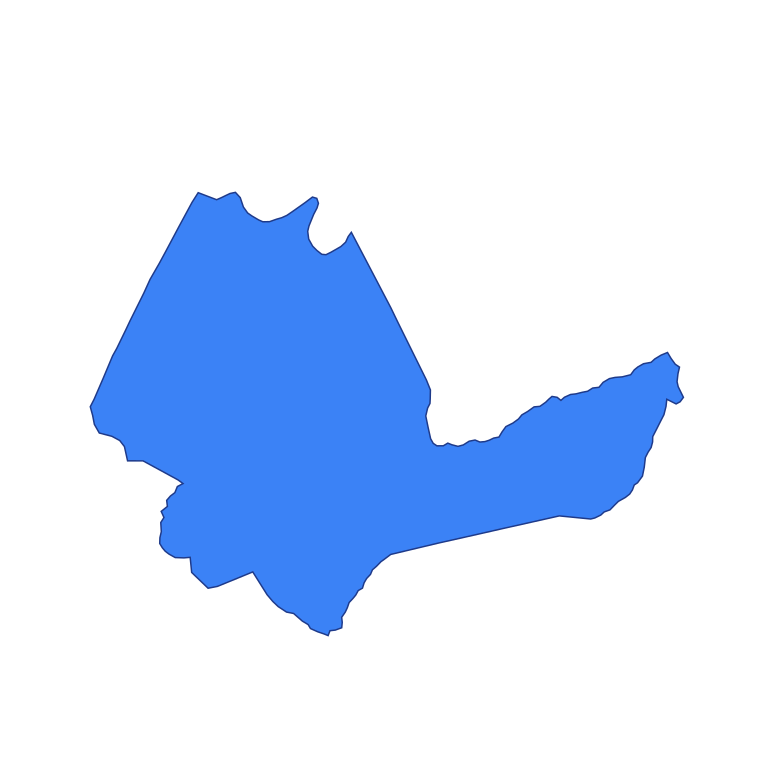 outline of Iporã, Paraná, Brazil, rotated 166°
{"feature_id": "56859067B57368215324073", "entity_name": "Iporã", "entity_type": "district", "adm_level": 2, "iso_a3": "BRA", "parent_name": "Brazil", "parent_adm1": "Paraná", "projection": "albers", "projection_center": [-53.762, -24.059], "detail": "fine", "context": "isolated", "style": "filled", "palette": "blue", "viewbox_px": 768, "rotation_deg": 166, "n_neighbors": 0, "source": "geoboundaries", "source_scale": "gbopen_adm2", "svg_char_len": 2635}
<svg xmlns="http://www.w3.org/2000/svg" viewBox="0 0 768 768"><g transform="rotate(166 384 384)"><path d="M96.7,298.6L99.2,310.2L99.1,315.3L96.3,322.8L93.2,328.9L96.6,332.7L99.3,339.4L101.3,346.0L108.1,345.0L115.2,342.8L119.6,340.4L127.3,340.9L133.4,339.2L137.7,337.2L142.4,333.3L151.1,333.3L158.2,334.5L164.0,334.7L171.0,332.6L176.2,328.8L182.5,329.6L188.2,327.7L193.7,328.0L200.2,328.0L205.5,328.7L212.1,327.5L216.3,325.3L219.2,329.2L224.0,331.3L227.8,329.4L231.5,327.2L238.1,324.6L243.9,325.5L251.2,322.6L257.7,320.7L262.0,317.5L268.4,314.9L276.0,313.2L280.9,309.1L285.3,304.7L290.7,305.0L295.5,304.0L300.0,303.7L305.0,304.5L309.2,307.6L315.2,307.9L321.8,305.7L327.3,305.6L332.8,308.6L336.4,311.2L341.4,309.7L347.6,311.2L350.6,314.5L352.0,319.6L351.7,331.2L351.2,342.9L347.5,350.1L344.1,354.0L342.7,358.6L340.4,367.0L341.9,377.7L355.4,439.5L356.9,446.6L358.9,456.2L379.0,539.1L383.0,535.8L386.9,530.9L392.6,527.8L403.5,524.7L409.0,523.5L413.0,524.9L416.8,529.8L419.9,535.0L422.0,542.8L421.1,550.6L418.5,555.6L411.2,565.6L406.4,571.0L403.9,575.2L404.3,580.4L408.2,582.7L416.9,579.0L431.0,573.5L437.5,571.1L443.0,570.1L448.5,569.9L455.8,569.2L462.3,570.7L465.9,573.5L471.6,579.1L474.9,582.9L477.6,589.7L478.4,599.6L481.8,605.9L487.3,606.1L491.8,605.2L496.5,604.2L501.8,603.3L518.0,614.6L526.3,606.7L544.2,587.1L564.2,564.9L572.6,555.7L585.6,542.2L594.9,530.5L615.0,506.9L621.3,499.2L634.7,483.2L640.5,477.0L655.0,457.6L669.0,439.3L674.5,433.0L674.3,424.0L674.8,414.9L672.1,405.3L660.7,399.1L654.1,393.1L651.0,386.1L651.4,371.5L636.4,367.7L607.1,340.8L603.1,336.0L609.3,334.5L613.2,329.2L618.3,327.0L623.0,323.7L623.8,317.6L631.0,314.3L629.8,307.7L634.1,303.6L635.8,294.6L638.6,289.1L640.2,283.5L638.7,278.7L636.7,274.6L633.8,271.0L628.6,266.1L620.2,263.7L614.0,262.7L616.2,247.7L613.6,243.5L604.1,228.4L594.6,227.9L556.8,233.4L548.4,207.8L544.5,199.9L540.5,193.6L533.8,186.3L527.2,183.2L520.6,173.7L515.8,168.9L514.5,164.5L508.4,159.7L502.8,156.1L499.1,153.4L496.1,157.7L490.8,157.0L484.0,157.7L482.2,162.8L481.5,167.9L476.8,172.0L473.7,175.8L470.7,180.4L466.2,183.3L462.5,186.0L459.0,189.8L454.3,191.1L451.4,195.9L447.9,199.5L443.2,202.5L440.2,206.5L435.3,209.0L430.0,212.3L425.3,214.2L418.7,217.0L370.3,216.5L328.4,215.5L303.9,215.0L245.8,213.6L216.1,203.0L211.9,203.0L205.3,204.4L201.3,206.6L195.2,207.2L189.9,210.5L185.0,213.4L177.1,215.6L172.2,217.8L168.6,221.1L165.6,225.5L161.9,226.8L155.5,232.1L151.6,240.3L148.2,249.4L144.2,254.0L140.2,257.7L137.4,262.8L136.0,267.9L130.3,274.4L124.7,280.9L119.8,286.5L115.8,294.0L113.3,300.8L105.4,294.0L101.0,295.1L96.7,298.6Z" fill="#3b82f6" stroke="#1e3a8a" stroke-width="1.5"/></g></svg>